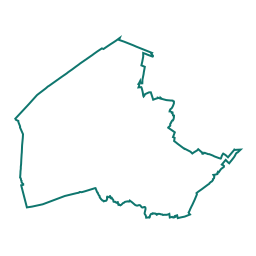 the district of My Tu, Sóc Trăng, Vietnam
{"feature_id": "81297802B88406709239333", "entity_name": "My Tu", "entity_type": "district", "adm_level": 2, "iso_a3": "VNM", "parent_name": "Vietnam", "parent_adm1": "Sóc Trăng", "projection": "robinson", "projection_center": [105.834, 9.623], "detail": "fine", "context": "isolated", "style": "outline", "palette": "teal", "viewbox_px": 256, "rotation_deg": 0, "n_neighbors": 0, "source": "geoboundaries", "source_scale": "gbopen_adm2", "svg_char_len": 5695}
<svg xmlns="http://www.w3.org/2000/svg" viewBox="0 0 256 256"><path d="M119.8,37.9L116.1,40.6L113.4,42.4L110.4,44.3L105.2,47.8L103.5,49.0L101.9,48.4L97.2,51.5L93.7,54.0L92.4,55.0L80.1,63.5L78.7,64.6L75.8,66.7L72.2,69.4L68.3,72.1L66.7,73.4L61.6,76.9L52.9,83.1L49.1,85.8L47.9,86.5L47.1,87.2L45.6,88.5L40.6,92.3L37.6,94.6L36.9,95.2L28.8,104.2L15.4,118.6L15.5,118.7L15.7,119.6L16.1,119.9L18.3,120.9L18.3,121.6L18.7,122.9L20.1,126.4L20.0,127.4L23.0,134.2L22.8,137.9L22.1,145.3L21.8,152.4L21.6,154.6L21.3,159.6L21.1,164.1L20.8,166.9L20.8,168.7L20.5,171.2L20.4,173.7L20.1,177.6L20.6,178.1L20.8,178.5L20.9,178.9L21.0,179.9L21.2,180.4L21.6,180.9L21.5,181.4L21.5,181.9L21.8,182.5L22.3,183.2L22.8,183.7L23.2,184.0L23.2,184.8L21.2,185.3L26.9,207.4L32.1,206.6L42.7,204.3L64.8,196.0L76.3,193.2L78.9,192.7L79.3,192.2L79.7,192.0L80.1,192.0L81.5,192.2L82.4,192.0L85.2,191.2L95.2,188.1L95.5,188.1L97.0,191.9L97.3,192.5L97.7,192.6L98.1,193.8L98.6,194.8L99.0,195.5L99.6,196.0L99.7,196.3L99.7,197.0L99.8,197.4L99.8,197.5L100.6,198.4L101.0,199.1L102.0,200.0L102.5,200.6L103.6,200.8L103.9,201.3L104.5,201.0L105.0,201.0L105.3,200.8L106.0,200.8L106.2,200.7L106.4,200.5L106.7,200.0L107.1,199.0L107.1,198.6L107.0,197.7L107.0,197.2L107.2,196.7L107.4,196.7L107.6,196.9L107.7,197.1L107.9,197.1L109.0,197.1L109.4,196.9L109.5,196.6L109.6,196.4L109.7,196.2L110.0,196.1L110.3,196.7L110.4,197.5L110.5,198.0L110.8,198.2L111.0,197.6L111.3,197.5L111.6,197.6L111.9,198.0L112.4,198.9L113.2,199.8L113.4,200.9L113.5,201.3L113.5,201.6L113.8,201.8L114.2,201.9L114.9,201.8L115.3,201.8L115.7,202.1L116.2,202.7L116.5,202.8L116.9,202.7L117.2,202.5L117.6,202.1L117.8,202.1L117.9,202.6L117.9,203.6L118.1,204.0L118.4,204.4L118.5,204.8L119.2,204.5L119.5,205.0L120.3,205.3L120.5,205.0L120.9,205.0L121.3,204.8L122.0,204.1L123.0,203.1L123.9,202.8L124.6,202.1L125.0,201.9L126.6,201.5L127.3,201.5L127.8,201.3L128.2,201.3L128.7,201.6L129.1,201.6L129.4,201.4L129.8,200.6L130.4,201.1L131.3,201.7L132.3,202.5L134.5,204.4L135.2,205.0L135.9,205.3L136.9,205.6L137.4,205.6L138.7,205.2L139.3,205.1L139.6,205.1L139.9,205.2L140.4,205.6L141.6,207.1L141.9,207.3L142.2,207.5L142.6,207.5L143.1,207.4L143.6,207.2L144.3,207.0L144.6,207.0L144.9,207.1L145.2,207.3L145.4,207.7L145.5,208.6L145.5,209.1L145.4,209.7L144.7,212.7L144.6,213.4L144.7,213.8L144.8,214.1L145.6,215.2L145.8,215.7L146.0,216.6L146.2,217.7L148.4,217.4L148.7,217.2L148.9,217.3L149.2,217.6L149.4,217.6L149.7,217.2L149.9,216.4L150.0,215.8L150.1,215.2L150.1,214.6L149.9,214.4L150.4,214.8L150.6,214.7L150.7,214.4L150.9,214.1L151.9,213.7L152.1,213.7L152.3,213.8L152.5,213.5L152.8,213.6L153.0,213.3L153.5,213.4L153.7,213.5L154.1,213.4L154.7,213.6L155.1,213.5L155.6,213.9L156.2,214.0L156.5,214.5L157.0,214.0L157.5,214.4L158.2,213.9L158.9,213.8L160.1,214.0L161.1,214.4L162.1,214.4L162.3,214.5L162.6,214.8L163.0,215.0L163.4,214.9L164.1,214.8L165.9,214.8L166.7,214.8L168.3,214.4L169.3,213.9L169.5,215.2L169.8,217.5L172.1,216.9L172.5,217.3L173.6,217.1L173.9,217.5L175.3,216.9L175.0,216.0L177.1,215.3L177.8,218.1L180.8,217.4L184.7,216.6L190.0,214.5L189.1,213.4L188.6,212.5L189.0,211.9L189.7,210.4L190.2,209.1L190.8,207.9L191.5,206.4L192.3,204.9L194.6,199.9L196.4,195.6L196.7,194.9L196.9,194.2L196.5,193.1L198.1,191.8L201.8,189.2L208.1,184.5L208.3,184.4L209.2,183.8L209.4,183.5L209.5,183.2L209.8,182.9L210.7,182.1L211.7,181.5L212.0,181.3L213.0,179.9L213.0,179.7L212.9,179.3L212.9,179.2L213.2,178.9L213.9,178.4L214.1,177.9L214.2,177.1L214.3,176.7L214.3,176.2L213.8,175.7L213.4,174.9L215.0,174.7L216.4,174.3L217.4,174.1L217.9,172.8L217.9,172.6L217.6,172.5L218.0,171.7L218.9,172.1L219.2,171.7L219.7,170.9L220.1,170.3L221.0,169.1L222.1,168.2L223.8,167.0L224.0,166.0L223.7,165.7L222.9,165.0L222.1,164.8L221.8,164.6L225.7,159.9L226.9,161.2L228.2,162.5L229.2,163.3L230.1,162.1L231.6,160.3L234.0,157.2L234.7,156.1L236.0,153.6L236.3,153.2L236.7,152.8L237.4,152.6L237.9,152.2L240.6,149.6L234.5,149.9L234.3,149.7L234.2,149.9L232.6,151.8L228.0,157.3L225.5,155.0L223.2,153.6L222.8,154.1L221.8,155.9L220.9,158.5L220.7,158.6L219.0,158.1L214.4,156.4L212.7,155.5L209.1,154.1L208.2,154.1L207.7,154.0L206.9,153.6L205.6,153.2L204.8,152.8L204.6,152.8L204.3,152.9L203.9,153.3L203.2,153.7L202.8,153.8L202.4,153.7L202.4,152.7L202.0,152.8L201.3,151.9L198.2,149.2L197.8,149.6L197.3,150.3L194.0,152.3L192.3,153.5L191.0,152.2L190.5,151.7L184.3,148.5L184.2,148.7L177.5,143.7L176.3,142.7L174.1,141.0L174.5,138.7L174.6,137.8L173.0,137.1L174.8,132.3L168.2,127.7L168.4,127.3L168.6,127.1L170.2,125.8L170.3,125.4L170.2,124.8L170.2,124.1L170.3,123.8L170.7,123.2L170.8,123.0L171.0,122.9L171.3,121.9L171.5,121.8L171.6,121.7L171.7,121.4L171.9,120.9L172.5,120.3L172.9,120.4L173.3,119.7L173.6,119.0L173.9,117.3L174.0,115.6L173.3,115.5L173.0,115.4L172.8,114.4L172.6,113.5L172.0,113.1L172.4,112.4L170.2,111.4L169.6,111.4L169.7,110.7L169.9,110.2L170.3,109.4L170.5,109.1L171.4,108.5L171.7,108.2L172.7,106.5L173.5,104.5L173.9,103.4L173.9,102.6L173.9,101.5L173.4,101.4L172.7,100.6L170.6,100.5L166.4,100.1L162.6,99.1L162.3,99.0L161.7,98.7L160.6,97.8L160.6,98.6L157.8,97.7L157.8,98.1L156.5,98.5L155.0,99.0L153.2,99.7L150.8,92.3L150.3,92.3L149.2,92.3L148.7,92.5L145.2,94.1L144.7,94.5L144.5,95.4L144.2,95.8L143.6,96.5L143.5,96.3L143.2,95.4L142.8,92.6L142.3,90.4L141.8,88.5L141.6,87.9L141.3,87.2L140.4,87.2L138.5,87.4L138.8,86.6L139.1,86.0L139.1,85.5L139.2,84.7L138.8,84.3L138.4,84.1L139.1,83.1L140.1,81.1L140.2,81.8L141.1,83.4L142.3,83.3L142.4,81.6L142.4,79.9L143.6,74.0L143.8,72.3L144.7,67.5L144.8,66.8L141.4,65.4L142.3,61.5L143.2,56.7L143.2,53.0L146.2,54.1L147.0,54.5L152.3,56.5L152.6,56.6L152.8,56.5L152.9,56.2L153.0,56.0L153.0,55.9L151.3,53.7L152.0,52.9L136.2,46.6L133.5,45.4L124.2,41.7L119.0,39.9L119.8,37.9Z" fill="none" stroke="#0f766e" stroke-width="2"/></svg>